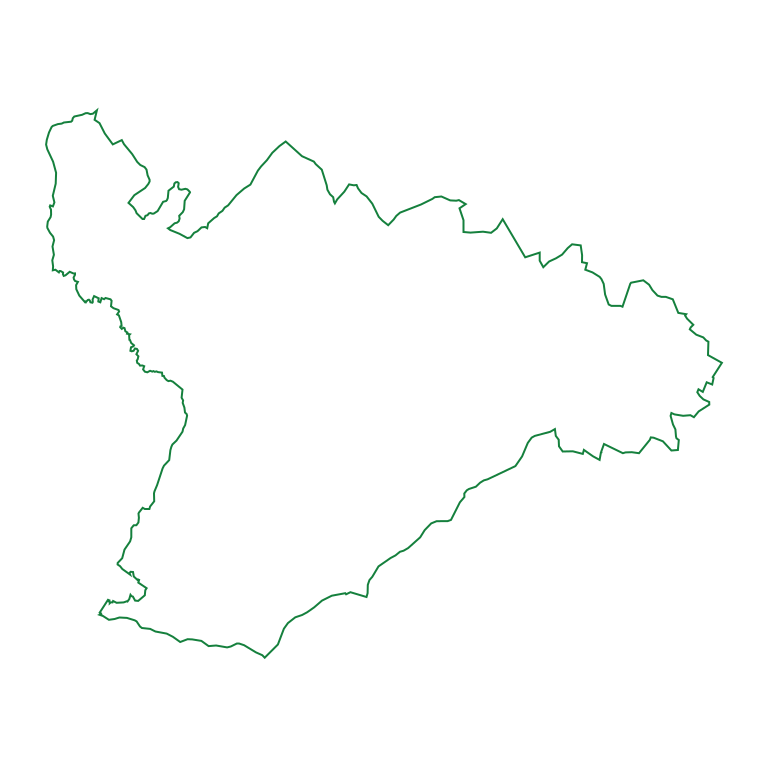 the district of Los Palmitos, Sucre, Colombia
{"feature_id": "7082276B95159519870564", "entity_name": "Los Palmitos", "entity_type": "district", "adm_level": 2, "iso_a3": "COL", "parent_name": "Colombia", "parent_adm1": "Sucre", "projection": "orthographic", "projection_center": [-75.243, 9.42], "detail": "fine", "context": "isolated", "style": "outline", "palette": "green", "viewbox_px": 768, "rotation_deg": 0, "n_neighbors": 0, "source": "geoboundaries", "source_scale": "gbopen_adm2", "svg_char_len": 6036}
<svg xmlns="http://www.w3.org/2000/svg" viewBox="0 0 768 768"><path d="M50.2,205.4L49.7,206.7L51.0,209.7L51.1,214.5L50.6,217.1L47.8,221.6L47.2,226.5L47.4,228.0L50.0,232.8L53.1,236.6L54.1,240.2L52.5,246.5L53.9,254.8L52.3,260.3L53.1,266.4L52.8,270.3L55.4,269.7L58.9,272.4L59.6,271.0L60.7,271.1L63.1,272.5L62.9,274.1L63.7,275.9L65.5,275.3L69.7,271.8L73.5,273.5L75.0,273.4L75.0,274.8L73.6,277.5L74.0,279.4L75.1,281.0L77.9,281.9L76.1,285.1L76.3,289.2L79.3,295.6L85.2,302.4L85.7,302.4L85.7,301.4L86.4,301.5L87.8,300.0L88.9,299.7L89.8,300.5L90.4,302.3L92.4,302.7L92.8,302.0L92.6,299.5L94.1,296.1L98.7,298.3L98.3,301.5L100.3,302.3L101.6,298.1L104.1,299.2L105.5,298.0L110.5,299.3L111.6,300.8L111.0,306.3L113.5,308.2L118.5,310.0L119.1,311.5L117.1,314.4L118.9,315.4L121.2,322.1L121.6,325.9L120.4,326.4L120.2,327.2L121.8,328.9L123.3,327.7L124.5,328.1L125.4,331.3L127.4,332.5L127.0,333.7L129.9,334.3L129.1,335.1L129.4,339.8L130.0,340.0L131.2,343.0L134.0,345.3L133.4,346.3L131.0,347.3L130.4,350.8L131.7,351.3L133.6,350.8L135.0,348.5L136.9,348.9L138.1,350.8L136.4,354.2L138.4,356.3L137.6,359.5L136.8,360.5L137.2,362.8L139.0,364.0L140.0,365.6L142.5,365.5L144.2,366.2L143.1,369.4L144.9,371.7L147.3,372.3L150.1,370.8L152.3,371.6L153.4,371.1L154.8,371.8L156.5,371.4L158.0,372.1L162.0,372.6L162.4,375.9L163.9,376.0L164.5,377.7L166.7,380.1L168.4,381.1L170.5,380.7L172.9,381.7L182.5,389.6L181.6,397.7L183.1,400.4L182.7,402.9L184.4,407.6L185.0,412.5L186.6,414.0L187.1,415.6L185.1,425.1L183.2,428.5L182.5,431.7L176.5,440.6L172.4,444.5L171.4,446.7L170.4,450.1L169.2,460.1L164.0,465.6L162.6,468.4L157.1,485.1L154.5,491.3L154.0,493.3L154.2,501.3L150.1,506.5L149.4,509.0L144.8,509.0L142.7,507.8L139.0,512.5L138.5,513.5L138.9,517.8L138.4,522.5L136.4,525.2L133.7,525.3L131.3,528.3L131.3,537.3L130.1,541.4L124.5,549.6L122.2,558.2L117.7,562.9L117.6,564.5L120.1,566.2L122.3,569.0L130.1,574.6L129.5,573.0L130.6,571.8L133.0,572.0L133.8,576.5L137.4,579.9L137.9,579.4L139.1,579.9L138.3,582.6L146.6,588.2L145.3,590.2L144.8,595.3L138.2,600.9L135.1,600.6L132.9,596.6L131.5,596.1L130.5,594.8L129.3,599.0L127.5,601.5L127.0,601.2L123.7,602.4L116.6,602.8L113.1,601.0L112.5,602.4L110.8,602.3L109.8,603.2L109.9,602.2L108.9,601.5L109.4,600.4L108.0,599.8L99.2,613.4L100.4,612.6L101.2,614.0L99.6,614.8L103.0,616.0L108.9,619.8L114.6,619.0L119.4,617.5L126.9,617.9L134.7,620.3L136.6,621.4L140.0,626.5L141.9,628.0L150.2,628.9L155.4,631.5L166.7,633.6L172.9,636.8L180.2,642.0L187.6,639.2L192.2,639.4L201.4,640.9L208.6,646.1L216.1,645.5L227.1,647.4L230.8,646.5L236.9,643.5L239.0,643.5L244.1,645.2L256.0,652.4L262.3,655.2L264.7,657.7L277.9,644.5L283.9,628.7L287.9,623.1L295.3,617.3L302.1,615.0L307.1,612.3L314.1,607.4L322.0,600.6L331.8,595.7L345.3,593.2L346.1,594.3L350.4,592.2L366.5,597.0L367.6,593.2L367.8,584.9L368.7,582.2L369.5,580.0L372.3,576.8L378.5,566.4L390.6,558.0L395.5,555.4L399.9,551.8L403.6,550.7L408.1,548.1L420.2,537.3L424.7,530.1L431.2,523.4L436.6,521.2L447.7,521.1L451.0,519.9L459.9,502.3L464.4,497.0L464.3,493.5L466.8,490.3L468.9,489.0L475.9,486.7L480.1,482.7L483.8,480.4L487.6,479.3L515.4,466.1L522.1,456.4L527.8,442.9L531.7,437.6L534.8,435.9L550.2,431.8L554.9,429.1L555.8,435.9L558.7,439.7L559.0,446.3L562.7,451.5L572.8,451.3L582.8,453.9L583.9,449.9L593.0,456.3L599.6,459.9L600.9,452.6L601.4,452.4L601.3,451.5L604.0,444.0L622.9,453.2L625.5,452.4L631.8,452.2L639.0,453.2L649.8,439.9L650.8,437.4L653.6,437.7L662.9,441.3L671.4,450.5L677.9,450.0L678.8,440.0L676.5,438.3L676.0,436.6L675.4,429.4L673.0,424.5L670.6,415.9L671.4,413.0L674.5,414.4L683.1,415.8L690.4,415.2L693.9,417.2L698.7,411.4L709.3,404.6L709.2,402.0L703.4,399.4L699.7,395.9L697.3,392.2L698.5,389.3L702.8,391.9L706.7,382.3L712.2,384.5L713.6,378.0L712.7,377.1L721.9,362.8L708.0,355.1L708.4,341.7L706.1,340.4L703.3,337.4L696.3,334.7L689.8,329.3L690.7,327.4L693.3,324.8L687.1,318.7L685.1,315.6L686.2,314.2L678.3,312.9L672.8,299.3L665.9,296.9L661.5,296.9L657.5,295.6L652.4,290.1L649.1,284.7L643.3,280.3L631.1,282.7L630.3,283.7L622.5,306.7L620.5,305.9L611.5,305.9L608.7,304.5L605.1,294.5L603.7,283.9L601.5,279.2L599.7,276.9L592.5,272.4L585.3,269.7L587.0,263.2L582.0,262.2L582.1,255.2L580.7,245.4L572.1,244.3L567.7,248.1L562.1,254.6L556.0,258.3L549.1,261.5L543.3,267.2L539.7,260.7L539.7,252.6L525.2,257.3L502.7,219.2L496.8,228.4L491.1,232.8L483.0,231.7L470.5,232.6L463.5,232.0L463.5,220.2L459.5,208.3L465.7,204.1L458.9,200.1L456.3,200.7L450.2,200.4L441.4,196.5L434.7,197.2L432.4,198.9L421.0,204.5L400.1,212.6L396.3,215.9L393.7,219.5L388.2,225.2L382.6,220.8L378.7,216.8L372.3,203.7L366.6,196.4L361.5,193.0L358.0,188.3L356.6,185.0L353.8,185.3L349.1,184.4L344.3,191.7L337.2,199.4L334.9,203.4L334.0,201.7L333.2,197.2L330.0,194.3L327.4,189.7L326.7,185.3L321.8,169.7L315.7,164.1L313.9,161.6L302.0,156.2L285.7,141.5L279.4,146.1L272.3,152.8L266.9,160.2L261.1,166.4L257.9,170.6L250.4,184.6L244.2,188.5L236.5,195.1L228.1,205.4L224.7,207.6L222.4,210.9L218.7,213.4L217.0,216.3L214.2,218.0L208.2,223.3L207.2,228.2L205.1,227.0L201.5,227.4L197.5,231.2L194.1,232.8L190.5,237.4L187.4,238.1L179.5,233.8L170.2,230.0L168.0,228.3L170.2,227.2L174.6,223.3L177.0,222.7L178.7,221.3L179.6,218.6L179.2,215.8L182.8,212.1L184.1,209.3L184.7,200.8L190.0,192.4L189.8,191.8L187.4,189.4L185.4,188.8L181.5,189.7L179.1,189.2L178.1,186.9L178.7,183.2L177.5,182.1L175.7,182.3L174.4,183.5L173.8,186.6L168.5,190.7L167.8,198.0L167.0,200.0L166.1,201.0L163.1,201.8L157.6,211.1L153.7,213.6L152.2,213.7L150.5,213.0L148.9,213.4L147.5,215.2L145.5,215.8L144.1,219.0L142.5,219.0L136.6,213.2L135.5,210.4L133.2,207.1L128.5,202.9L134.3,195.2L145.1,188.0L148.3,184.0L149.6,181.5L149.6,179.8L147.6,175.3L146.5,169.6L144.6,167.1L140.3,165.0L137.2,161.9L132.2,154.1L124.0,144.2L121.8,140.1L112.8,144.4L104.8,133.5L99.5,123.1L94.6,119.8L96.9,110.3L92.9,113.7L90.3,114.1L87.7,113.1L85.6,113.2L82.1,114.8L74.3,116.5L72.8,118.2L72.2,120.7L71.1,121.7L63.9,122.5L61.7,123.6L57.9,124.1L52.8,125.9L51.6,127.0L49.0,132.5L46.8,139.8L46.1,144.6L47.3,149.3L53.1,161.7L56.1,172.8L55.7,183.7L52.8,195.8L54.4,202.4L52.9,206.4L50.2,205.4Z" fill="none" stroke="#15803d" stroke-width="2"/></svg>